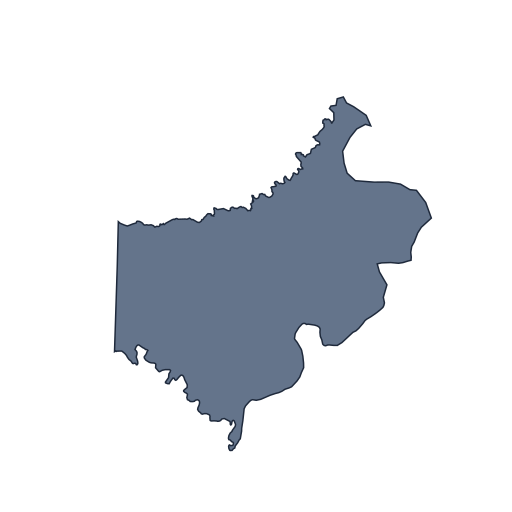 Nkwanta North, Volta, Ghana, rotated 210°
{"feature_id": "2480657B6503151283934", "entity_name": "Nkwanta North", "entity_type": "district", "adm_level": 2, "iso_a3": "GHA", "parent_name": "Ghana", "parent_adm1": "Volta", "projection": "natural_earth1", "projection_center": [0.278, 8.552], "detail": "fine", "context": "isolated", "style": "filled", "palette": "slate", "viewbox_px": 512, "rotation_deg": 210, "n_neighbors": 0, "source": "geoboundaries", "source_scale": "gbopen_adm2", "svg_char_len": 6104}
<svg xmlns="http://www.w3.org/2000/svg" viewBox="0 0 512 512"><g transform="rotate(210 256 256)"><path d="M120.5,276.9L121.3,279.6L125.1,283.9L128.2,296.5L141.1,303.9L147.1,309.8L143.7,312.9L136.0,317.7L128.9,321.0L125.5,323.7L121.9,327.6L119.6,329.8L121.0,332.7L123.8,336.5L126.0,342.2L126.0,347.2L127.5,356.8L127.2,363.6L123.1,376.5L135.8,387.2L149.9,393.1L155.9,390.4L166.8,390.5L178.2,386.3L190.7,379.0L207.6,370.9L218.5,373.3L226.2,380.5L233.4,390.1L233.9,405.7L232.3,416.4L227.1,424.7L221.7,426.1L230.9,432.9L246.0,434.1L254.1,433.8L259.9,437.4L264.3,432.8L262.0,426.5L266.1,423.3L266.1,420.4L260.3,419.0L256.5,412.8L256.8,409.0L257.2,409.0L258.2,409.9L261.1,410.7L261.9,410.6L263.4,409.1L264.1,409.6L264.9,409.2L265.3,407.7L265.8,407.1L265.2,405.5L264.6,404.5L263.3,404.5L263.0,404.2L262.4,403.3L262.2,402.7L261.7,402.3L261.5,401.1L261.9,398.7L262.9,395.9L263.1,393.3L263.0,392.0L264.5,389.7L264.7,389.2L265.9,388.2L265.9,387.5L263.8,387.4L262.6,386.3L261.9,386.1L258.1,386.4L257.0,385.3L256.5,384.1L258.5,382.9L259.2,381.5L258.9,380.0L259.1,379.2L261.4,376.1L260.2,372.2L260.4,371.7L262.5,369.2L262.7,366.5L265.1,366.5L265.6,367.3L266.6,367.2L267.5,366.5L268.2,367.5L268.9,367.9L272.1,366.1L272.7,365.5L272.9,364.6L272.7,364.0L271.8,363.5L270.7,362.3L264.0,360.0L263.2,358.9L263.1,358.0L261.9,356.2L259.6,355.5L259.1,354.8L260.2,354.1L260.5,353.4L260.9,353.1L262.8,353.1L263.4,352.6L263.2,351.7L261.8,351.2L261.0,350.4L260.7,348.4L260.9,347.5L261.4,347.0L264.6,346.9L265.0,346.6L265.1,346.0L264.4,344.6L264.3,343.6L264.4,340.7L264.2,339.5L264.3,338.5L265.7,338.2L267.9,338.4L269.9,339.6L270.6,339.6L270.8,337.8L270.5,336.8L269.2,335.0L267.7,334.1L267.9,333.2L268.5,332.4L269.3,331.7L270.9,331.4L271.8,330.4L275.1,330.9L275.9,330.6L276.7,329.6L276.6,328.6L275.5,327.9L274.1,327.5L273.6,326.8L273.9,326.1L274.7,325.6L274.9,325.2L276.9,323.8L277.2,322.8L275.3,321.3L274.5,319.9L273.6,319.4L273.3,319.5L272.4,318.6L272.2,317.7L272.3,315.8L273.4,313.7L274.4,313.0L277.7,312.8L279.2,313.7L280.1,313.0L282.0,313.1L283.8,311.2L283.4,310.5L282.9,307.7L284.0,306.0L284.8,305.6L285.5,305.5L287.3,305.8L288.3,306.8L289.0,306.8L289.7,306.4L289.5,305.9L287.3,304.1L286.6,302.0L286.1,302.7L285.5,302.3L285.6,301.0L286.6,298.4L284.9,297.2L284.2,296.1L284.2,295.7L283.5,295.1L284.1,294.3L283.6,293.5L283.5,292.5L284.6,292.2L285.7,291.1L288.7,292.1L291.4,291.9L292.2,291.1L293.8,291.3L294.8,290.1L296.1,287.5L297.2,287.4L298.4,286.5L299.9,286.8L301.1,286.4L302.0,284.5L301.1,282.6L302.2,281.5L303.1,281.2L307.9,280.8L312.2,277.2L313.5,276.8L314.3,277.2L316.3,276.8L316.4,276.4L315.8,275.3L314.7,274.5L314.1,273.3L313.3,272.3L312.9,271.0L313.6,269.9L312.9,269.4L315.0,268.7L315.6,269.7L316.3,269.9L318.8,268.6L319.3,266.9L319.4,265.3L320.1,263.6L320.2,261.1L321.1,260.4L320.8,259.0L321.8,256.7L323.5,256.0L328.9,256.0L329.9,255.3L332.5,255.6L334.1,253.3L335.7,252.7L341.8,248.9L343.1,248.9L343.8,248.6L344.5,247.6L344.6,247.0L345.4,246.9L346.6,245.7L350.5,239.3L351.1,237.4L351.6,237.2L352.4,237.7L353.2,236.0L354.4,236.0L354.9,235.8L355.0,235.3L354.4,234.4L354.7,233.3L355.1,232.8L356.8,232.1L357.9,230.6L358.2,230.4L360.1,231.0L361.0,230.7L361.8,230.8L362.7,230.4L364.5,229.0L366.4,228.3L367.4,227.4L368.2,227.0L369.1,227.0L370.4,227.6L371.9,227.8L374.1,227.7L375.6,227.1L376.2,226.8L376.6,226.2L376.3,225.0L376.5,224.5L378.8,222.1L381.0,219.3L382.5,217.6L385.4,217.0L390.0,216.4L392.4,216.9L370.9,177.5L330.7,102.4L330.0,103.7L329.3,103.5L328.8,104.1L327.2,105.1L324.8,106.5L324.2,106.5L320.9,106.0L318.4,105.1L316.7,104.0L314.3,102.9L311.7,102.5L309.3,101.3L308.6,101.4L307.3,102.6L306.3,102.7L305.3,102.0L304.7,102.2L304.5,103.2L304.7,104.1L305.9,105.7L309.0,108.4L309.6,109.7L309.8,111.0L310.6,112.7L311.7,113.7L314.0,114.5L314.4,116.8L314.3,118.8L313.8,119.8L313.0,120.4L308.1,120.0L306.2,120.2L305.0,119.7L304.0,120.3L302.8,120.3L302.4,120.2L302.4,119.8L302.5,118.9L302.0,115.9L302.4,112.9L301.9,112.0L301.3,111.6L299.2,110.7L295.3,110.6L293.5,111.0L290.6,112.4L289.2,112.5L288.5,112.0L287.1,109.0L282.5,107.4L281.6,107.6L280.1,110.1L277.8,112.2L274.0,114.4L272.8,114.2L272.4,112.8L272.5,110.4L270.9,106.9L271.4,101.5L270.9,100.9L268.8,101.2L267.3,102.0L267.4,103.5L267.3,105.7L266.9,108.7L265.9,109.2L264.5,108.3L263.4,108.2L263.2,108.4L262.7,109.5L262.3,112.2L261.5,115.1L260.8,115.7L259.6,115.9L257.7,114.9L256.0,113.3L251.1,110.1L249.9,107.6L251.1,104.6L251.4,103.4L251.2,102.9L250.9,102.6L249.3,102.3L247.7,102.4L246.3,102.1L245.9,101.3L245.1,98.8L243.5,97.3L241.8,97.5L240.2,97.1L238.1,98.2L236.7,99.4L236.4,100.7L234.8,102.3L233.2,102.3L232.3,101.8L231.4,100.6L230.7,98.4L230.4,95.6L229.8,93.9L228.1,92.9L225.6,92.5L224.5,92.0L223.4,92.2L222.0,93.6L219.9,94.8L217.1,95.1L216.6,95.0L215.5,93.9L215.1,92.9L213.5,90.7L212.4,90.7L209.9,92.3L207.4,93.5L206.7,93.6L205.4,94.5L204.4,95.8L204.1,97.6L203.8,98.0L202.2,99.4L195.9,99.7L195.3,99.2L194.0,97.3L193.3,97.1L193.1,98.1L194.0,100.7L194.0,101.5L193.6,102.3L192.4,102.3L189.5,99.9L188.8,98.1L189.3,93.1L189.1,91.9L189.8,89.9L189.7,87.1L189.1,85.2L188.6,84.2L187.7,83.4L186.8,83.7L185.7,83.6L184.4,83.0L182.9,83.2L182.1,82.9L181.4,81.1L181.5,80.3L183.2,79.1L184.4,79.2L184.7,78.8L184.7,78.1L184.5,77.4L183.1,75.6L181.5,74.6L181.0,74.7L179.5,75.7L179.2,77.8L178.4,79.1L179.0,81.1L178.5,85.1L178.6,88.4L178.2,89.8L180.9,97.1L182.3,99.7L185.0,106.7L189.9,117.8L190.1,121.1L188.9,126.8L188.2,128.6L187.2,129.8L183.6,131.2L180.2,134.3L174.3,142.3L170.4,146.7L168.0,149.0L166.0,151.7L164.2,155.2L161.4,158.3L159.8,160.5L158.0,168.2L157.6,173.2L158.4,177.7L158.9,183.1L161.3,187.1L165.3,192.6L169.3,197.1L170.3,197.9L177.2,201.8L180.7,203.2L181.4,203.8L183.1,208.0L183.3,209.4L183.1,215.6L182.1,219.9L181.7,220.8L180.7,221.7L179.3,222.2L178.2,221.9L176.7,223.1L170.6,225.5L167.9,226.1L166.1,226.0L165.3,225.8L163.9,224.8L162.5,221.9L160.1,218.6L157.0,216.2L154.2,213.1L153.4,212.8L152.2,212.6L150.8,213.1L149.4,214.8L148.1,215.6L144.1,217.4L140.9,219.2L138.3,224.0L133.9,238.4L132.0,241.2L130.9,244.6L129.7,250.9L129.3,254.7L128.5,256.7L126.1,261.0L123.2,267.2L121.5,271.5L120.4,275.0L120.5,276.9Z" fill="#64748b" stroke="#1e293b" stroke-width="1.5"/></g></svg>